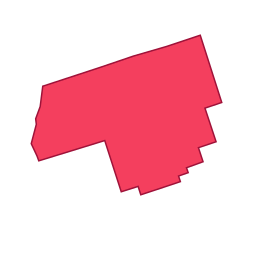 Woodford, Illinois, United States of America, rotated 343°
{"feature_id": "52423323B31485685808908", "entity_name": "Woodford", "entity_type": "district", "adm_level": 2, "iso_a3": "USA", "parent_name": "United States of America", "parent_adm1": "Illinois", "projection": "orthographic", "projection_center": [-89.225, 40.761], "detail": "fine", "context": "isolated", "style": "filled", "palette": "rose", "viewbox_px": 256, "rotation_deg": 343, "n_neighbors": 0, "source": "geoboundaries", "source_scale": "gbopen_adm2", "svg_char_len": 467}
<svg xmlns="http://www.w3.org/2000/svg" viewBox="0 0 256 256"><g transform="rotate(343 128 128)"><path d="M224.2,60.4L188.6,61.3L154.3,60.8L118.8,61.9L58.7,63.1L50.3,81.8L42.4,92.2L41.4,97.7L30.9,114.7L32.8,128.1L33.1,133.3L102.1,133.2L102.9,187.0L120.6,186.8L120.7,195.6L155.9,194.8L162.4,194.6L162.3,188.7L172.5,188.3L172.3,183.1L189.9,182.2L189.6,167.4L208.2,166.9L207.4,131.5L225.1,131.0L224.2,60.4Z" fill="#f43f5e" stroke="#9f1239" stroke-width="1.5"/></g></svg>